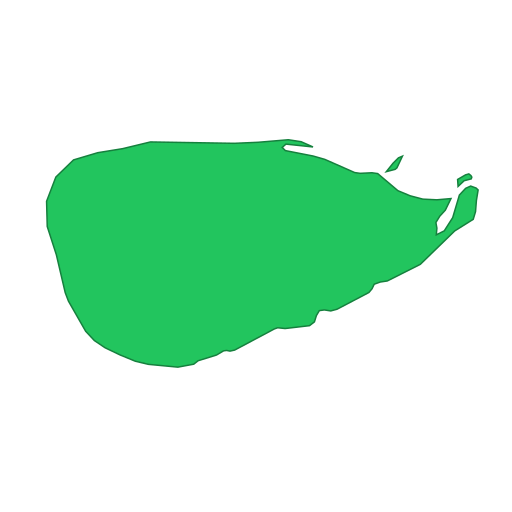 map outline of Sri Lanka (Mercator projection), rotated 96°
{"feature_id": "LKA", "entity_name": "Sri Lanka", "entity_type": "country or territory", "adm_level": 0, "iso_a3": "LKA", "parent_name": "Asia", "parent_adm1": "", "projection": "mercator", "projection_center": [80.512, 7.881], "detail": "fine", "context": "isolated", "style": "filled", "palette": "green", "viewbox_px": 512, "rotation_deg": 96, "n_neighbors": 0, "source": "natural_earth", "source_scale": "50m", "svg_char_len": 1246}
<svg xmlns="http://www.w3.org/2000/svg" viewBox="0 0 512 512"><g transform="rotate(96 256 256)"><path d="M167.1,42.0L177.7,42.6L188.9,42.3L196.8,43.8L210.3,61.0L247.1,91.7L267.1,122.8L268.9,129.7L271.7,135.5L276.5,137.2L280.5,139.9L300.5,169.9L302.8,175.9L302.5,182.4L303.7,187.3L308.9,189.7L315.4,191.0L319.7,195.5L325.1,219.5L325.1,226.9L326.6,230.1L351.8,267.4L353.3,271.9L353.0,275.3L353.7,278.3L358.6,284.9L366.2,302.6L370.1,306.6L374.7,322.1L375.0,351.7L373.3,364.9L368.6,380.9L363.0,396.6L357.0,407.9L348.7,417.5L320.5,437.8L312.4,441.9L275.6,454.7L248.5,466.7L223.5,470.0L198.4,463.3L179.5,447.5L169.8,424.2L163.2,399.9L153.6,372.9L146.2,289.3L142.7,265.9L137.0,236.0L137.6,223.1L141.6,210.7L141.6,237.9L145.3,241.3L148.1,237.8L150.6,209.6L152.7,197.7L162.7,166.6L162.9,161.1L161.1,149.4L161.3,143.6L176.2,121.7L180.0,109.0L182.0,96.0L181.2,82.0L178.5,68.1L190.6,72.5L197.2,77.4L203.9,80.6L209.4,79.0L216.1,78.9L211.3,71.4L197.3,64.4L174.1,60.1L166.8,54.6L164.0,49.8L165.4,44.2L167.1,42.0ZM155.3,126.7L158.5,135.2L149.4,129.4L143.5,124.6L141.4,120.8L153.7,125.1L155.3,126.7ZM165.7,62.3L158.8,63.5L153.4,56.1L152.1,52.9L153.5,50.7L155.0,49.6L156.8,50.0L159.4,56.9L165.7,62.3Z" fill="#22c55e" stroke="#15803d" stroke-width="1.5"/></g></svg>